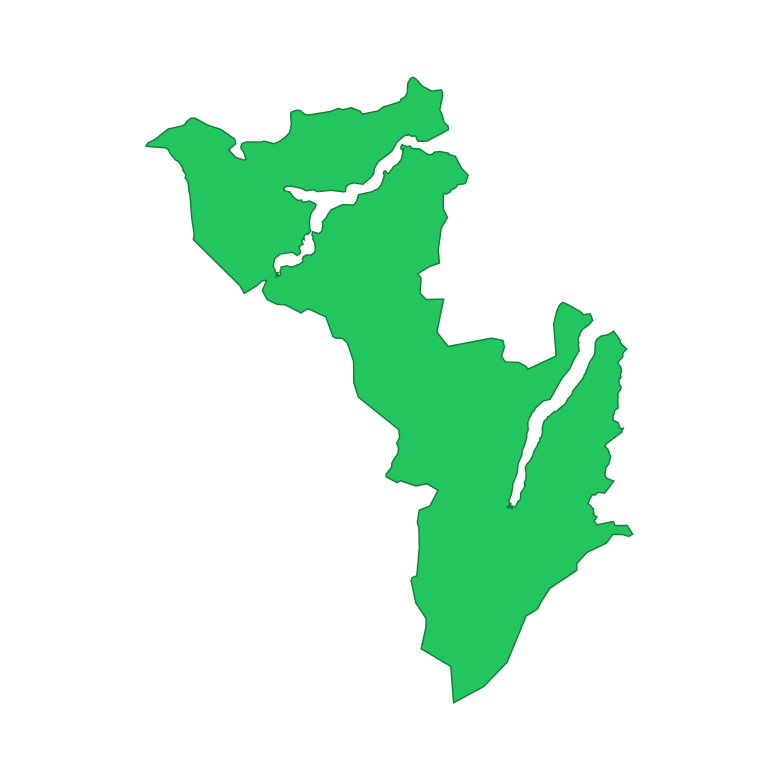 Sogndal nor, Sogn og Fjordane, Norway (Mercator projection), rotated 187°
{"feature_id": "86288312B91120351294699", "entity_name": "Sogndal nor", "entity_type": "district", "adm_level": 2, "iso_a3": "NOR", "parent_name": "Norway", "parent_adm1": "Sogn og Fjordane", "projection": "mercator", "projection_center": [6.969, 61.338], "detail": "fine", "context": "isolated", "style": "filled", "palette": "green", "viewbox_px": 768, "rotation_deg": 187, "n_neighbors": 0, "source": "geoboundaries", "source_scale": "gbopen_adm2", "svg_char_len": 6157}
<svg xmlns="http://www.w3.org/2000/svg" viewBox="0 0 768 768"><g transform="rotate(187 384 384)"><path d="M649.1,590.9L629.2,591.8L626.4,590.2L624.7,587.1L618.4,581.1L614.7,579.5L609.3,572.9L609.9,572.1L605.9,567.3L606.6,564.6L602.9,560.2L601.2,552.1L599.6,547.9L595.2,526.0L590.5,508.8L590.9,504.1L538.9,464.0L533.8,456.9L522.6,465.8L517.6,471.5L513.1,472.5L516.2,462.2L510.2,453.5L500.0,450.1L491.5,450.5L475.1,444.4L468.7,449.5L449.9,443.5L440.5,425.0L437.7,423.7L430.9,424.2L425.4,420.2L417.0,403.0L414.1,381.5L407.8,367.8L363.8,340.6L362.0,332.8L364.2,326.6L361.8,322.4L361.7,317.0L366.4,307.2L366.5,302.0L370.9,294.6L370.5,292.1L359.0,287.7L356.1,290.0L340.0,286.7L329.0,290.2L317.4,285.1L323.6,268.5L333.6,263.1L334.1,250.9L331.7,244.8L328.9,224.9L328.1,197.6L332.4,195.3L333.2,192.2L325.5,170.3L313.6,156.4L312.7,147.4L314.8,125.7L283.3,111.8L276.0,76.1L248.1,95.9L227.9,122.9L214.7,171.0L204.1,179.5L201.7,186.5L194.6,201.3L170.0,222.5L170.8,229.3L162.2,241.4L143.8,253.3L138.7,262.5L128.6,263.7L122.6,262.6L118.9,265.3L125.5,273.2L137.4,271.7L139.6,275.4L155.2,270.3L157.3,271.6L158.5,274.1L156.5,277.9L160.5,279.9L159.8,281.3L160.9,283.7L160.6,285.3L166.9,290.2L165.8,295.0L163.3,299.9L161.3,299.3L158.3,302.6L151.6,302.7L144.1,315.7L151.4,317.4L153.7,320.1L153.6,327.8L151.3,331.9L150.1,339.3L153.7,346.4L157.0,348.9L156.3,351.6L141.9,365.4L142.3,367.4L140.4,369.4L143.1,368.5L145.4,369.9L145.5,371.5L146.9,374.1L152.0,375.9L152.9,380.1L151.9,382.6L151.6,386.2L148.7,388.6L150.3,398.2L149.9,399.2L150.7,401.3L150.1,405.2L148.9,406.3L148.2,409.7L150.2,412.4L151.5,417.0L149.6,418.9L150.6,423.1L149.7,424.7L150.2,427.2L151.5,430.3L154.2,432.6L153.8,435.1L150.3,440.1L150.6,443.9L147.5,448.3L154.5,453.7L154.9,456.2L162.5,464.4L167.6,460.3L174.3,458.1L178.0,454.7L179.3,451.2L178.5,440.1L179.0,437.9L182.6,430.6L184.2,423.1L185.2,421.2L185.1,419.3L186.2,418.0L187.1,414.0L195.8,399.9L196.2,396.1L199.4,392.3L201.7,386.4L209.8,377.8L212.0,377.0L216.1,372.0L217.6,371.6L217.7,369.9L220.6,366.5L221.5,360.5L220.8,354.6L221.3,350.5L222.6,349.4L222.4,346.1L223.9,344.2L224.2,342.0L227.0,335.2L227.9,330.2L229.9,325.3L232.3,322.1L233.6,318.1L232.1,313.6L231.5,307.3L232.7,302.7L231.2,301.1L232.1,301.4L231.8,300.1L232.7,296.9L234.9,292.8L234.6,285.9L236.6,284.0L238.3,278.8L241.7,276.4L241.4,275.3L241.8,276.3L241.5,276.7L242.2,276.5L240.9,277.2L242.0,277.4L241.5,278.6L243.6,275.9L242.8,277.3L243.6,277.3L243.7,276.7L244.4,276.6L243.5,277.4L242.4,277.6L242.0,278.3L243.7,277.6L242.6,279.0L245.2,277.0L245.7,277.1L243.5,278.9L243.9,279.7L243.0,281.1L246.0,277.3L247.5,276.3L245.8,278.0L243.4,281.2L244.9,279.4L245.2,280.5L244.6,281.1L245.9,283.6L244.3,289.2L243.7,296.9L244.0,300.3L240.9,312.3L241.3,320.7L238.4,331.0L238.9,334.1L237.0,340.5L235.8,348.3L236.3,351.7L235.4,356.3L236.6,363.1L235.3,369.3L234.5,369.6L233.8,373.2L231.5,376.1L231.0,378.2L224.2,386.4L217.2,389.1L208.4,410.8L201.4,421.8L198.8,430.5L194.4,440.8L195.9,447.0L195.6,448.7L196.7,451.2L196.8,454.8L195.6,455.8L195.7,458.4L193.4,462.8L187.9,467.7L184.6,472.5L187.7,478.7L194.5,477.2L198.4,480.0L208.0,484.0L215.7,486.7L217.4,486.0L219.6,483.2L221.4,477.2L222.9,464.6L216.6,432.7L243.0,416.3L245.1,418.7L253.0,421.9L266.2,420.5L270.8,425.8L269.0,435.3L271.2,441.7L283.0,442.6L324.9,429.1L337.8,441.9L335.1,475.5L352.6,473.0L359.3,478.6L360.1,493.7L364.2,497.4L353.1,506.2L343.7,510.8L346.5,523.5L346.2,546.0L341.2,556.9L346.5,564.9L348.3,580.5L345.7,580.1L342.0,582.3L340.9,584.8L336.4,587.9L335.6,590.6L328.4,592.7L327.3,593.8L326.9,597.4L326.2,598.5L326.6,599.8L325.8,601.3L333.5,607.8L340.9,618.7L347.2,619.7L348.3,621.0L356.9,621.5L362.3,620.3L364.2,617.7L368.3,617.0L377.4,621.7L383.1,621.2L385.8,621.8L387.0,623.4L390.2,622.3L395.2,623.8L396.2,621.2L396.0,620.0L395.4,619.1L393.4,619.8L393.8,617.1L393.0,616.6L393.8,615.5L393.3,614.0L394.1,612.7L393.7,611.6L394.5,608.4L397.2,604.0L401.0,600.8L405.2,593.4L407.4,593.6L406.3,593.7L407.7,593.9L407.5,595.2L408.9,595.7L410.2,594.5L410.4,593.3L409.1,591.2L409.4,588.6L411.1,581.2L413.4,577.3L419.7,573.3L432.3,568.8L433.5,561.8L435.9,557.9L446.9,557.0L457.5,550.6L460.0,546.4L461.4,542.4L465.0,537.2L463.9,534.2L464.4,527.9L467.0,525.3L473.3,526.4L473.7,523.2L472.0,521.0L472.3,518.9L470.5,516.8L468.9,512.1L468.6,508.2L469.1,505.9L472.4,503.0L476.3,502.8L479.6,500.5L480.1,498.3L479.0,495.9L482.5,492.7L490.2,488.6L494.6,489.5L500.5,487.4L500.1,485.2L500.9,483.0L499.9,480.3L500.8,478.7L502.4,479.6L502.6,478.1L503.1,479.0L504.4,477.2L504.6,478.9L502.6,481.4L505.4,481.5L506.2,484.6L507.8,486.0L508.4,489.1L507.6,495.4L502.7,500.5L490.7,503.6L486.0,500.9L483.1,503.4L483.1,505.7L484.6,507.9L484.9,510.3L483.5,510.9L483.0,512.5L481.3,512.7L482.6,514.7L482.9,516.9L481.8,518.2L480.8,517.6L481.5,520.8L479.2,524.0L477.7,523.2L475.2,526.8L477.2,530.1L476.9,532.0L477.9,536.0L477.4,543.4L476.4,546.6L474.3,549.4L473.3,554.1L479.8,556.6L487.1,554.4L488.1,556.5L491.9,555.7L496.6,558.3L500.9,563.1L506.8,563.7L507.0,566.4L505.1,568.3L501.2,569.0L490.1,568.2L484.8,566.3L477.5,568.4L473.8,566.8L460.0,569.8L447.1,569.8L445.8,570.6L445.7,575.0L443.1,578.1L438.1,580.0L429.2,579.7L422.1,587.7L419.9,591.4L419.6,597.4L417.0,603.7L404.7,615.8L400.5,625.9L394.2,632.7L391.5,634.1L390.3,633.4L391.0,634.2L390.0,634.6L386.8,633.2L383.4,634.0L382.1,633.2L381.8,631.6L379.7,629.0L370.7,630.4L351.4,643.9L351.1,645.5L351.9,647.8L356.1,650.9L359.4,658.9L362.1,663.0L360.8,677.2L362.0,681.7L363.1,682.9L372.4,680.5L382.5,684.4L389.2,690.5L392.6,691.9L394.9,690.7L397.0,685.4L396.5,675.4L398.3,671.3L401.8,668.9L402.0,667.0L403.6,665.5L418.4,658.9L423.1,654.3L438.5,649.2L441.0,651.9L450.2,654.2L458.2,651.2L463.0,652.0L469.9,648.1L492.3,641.6L495.6,642.1L500.6,645.3L504.5,645.0L509.2,642.5L509.6,641.3L507.6,629.8L508.2,622.3L511.6,617.4L517.3,612.0L522.4,609.1L532.7,610.5L535.5,609.1L549.9,607.5L554.1,605.4L554.9,602.8L554.7,600.5L551.1,596.5L548.5,590.4L550.1,589.1L558.5,590.8L566.3,597.0L565.5,597.1L566.1,598.4L560.5,604.2L561.4,607.7L562.6,609.2L576.8,616.8L589.3,619.1L604.6,625.0L608.2,624.1L611.4,621.0L613.5,617.1L616.0,615.5L629.3,610.8L641.3,598.7L647.8,594.3L649.1,590.9Z" fill="#22c55e" stroke="#15803d" stroke-width="1.5"/></g></svg>